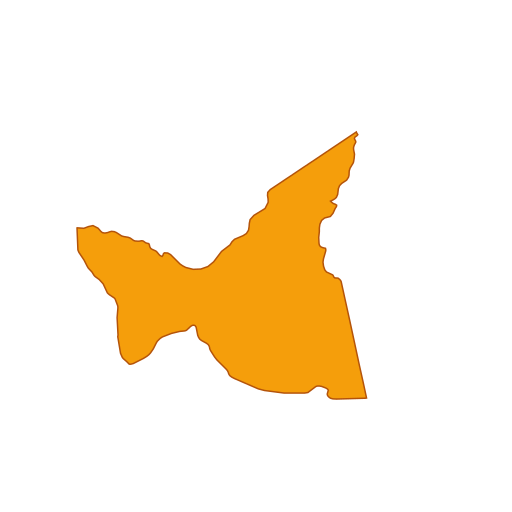 an SVG outline of Sangha-Mbaéré, rotated 211°
{"feature_id": "CAF-802", "entity_name": "Sangha-Mbaéré", "entity_type": "Economic Prefecture", "adm_level": 1, "iso_a3": "CAF", "parent_name": "Central African Republic", "parent_adm1": "", "projection": "mercator", "projection_center": [16.411, 3.248], "detail": "fine", "context": "isolated", "style": "filled", "palette": "amber", "viewbox_px": 512, "rotation_deg": 211, "n_neighbors": 0, "source": "natural_earth", "source_scale": "10m", "svg_char_len": 3068}
<svg xmlns="http://www.w3.org/2000/svg" viewBox="0 0 512 512"><g transform="rotate(211 256 256)"><path d="M423.9,188.0L417.8,191.1L414.7,195.0L411.4,198.1L405.7,198.5L401.7,197.2L399.7,196.9L397.4,197.8L395.3,199.6L394.0,201.2L392.6,202.7L390.0,203.9L387.7,204.2L381.5,204.0L379.3,204.6L375.2,206.2L373.0,206.6L368.8,206.3L367.4,206.6L364.8,207.9L363.7,208.6L362.0,210.1L360.7,210.7L359.7,210.7L357.6,210.5L356.4,210.7L354.3,211.4L353.1,210.6L351.9,209.3L350.2,208.3L348.7,208.2L344.4,208.7L342.9,208.4L340.1,207.4L338.6,207.0L336.3,207.2L336.1,208.5L336.5,210.2L336.2,211.5L333.2,213.1L329.9,213.2L317.0,210.0L313.9,209.8L310.3,210.0L303.0,212.2L296.6,216.4L291.8,222.2L289.3,229.2L287.9,242.2L284.0,252.1L283.9,255.9L283.0,259.3L277.6,266.7L275.8,270.3L275.7,274.2L277.0,277.5L278.6,280.7L279.8,284.2L278.7,289.8L272.7,301.4L273.2,308.3L275.1,311.2L277.3,313.8L278.7,316.6L278.0,320.3L273.5,329.8L269.9,337.5L267.7,342.1L261.1,356.2L254.0,371.2L249.0,381.9L241.9,397.0L233.9,414.0L233.3,413.5L231.2,412.4L231.5,410.9L232.4,408.9L232.3,407.6L231.7,407.0L229.6,405.7L229.1,404.9L228.9,401.8L228.6,400.4L228.1,398.9L227.0,397.3L224.0,394.0L222.1,390.1L220.8,386.8L220.6,385.6L220.6,379.7L219.9,376.9L217.9,373.2L217.3,371.2L217.4,367.7L219.9,362.4L220.6,359.4L220.1,356.2L217.7,350.8L217.3,347.6L217.8,345.8L219.0,343.5L220.4,341.4L218.7,341.0L216.7,340.8L214.6,341.2L213.0,341.1L212.5,339.8L212.6,337.6L212.0,332.3L212.6,328.2L216.8,323.9L218.1,320.3L217.6,316.1L216.1,312.6L214.2,309.4L211.8,304.2L208.5,299.3L207.3,298.0L205.7,297.3L204.2,297.3L202.5,297.7L200.4,298.4L199.7,297.7L199.2,297.0L198.8,296.1L196.7,288.3L195.4,285.2L192.8,282.0L189.8,279.5L187.3,278.6L180.6,279.3L180.0,279.1L178.3,278.0L177.3,277.8L176.6,278.1L174.7,279.1L174.1,279.3L172.2,279.0L170.9,278.6L169.8,277.9L158.1,265.5L143.4,250.0L128.0,233.6L111.8,216.3L98.6,202.4L88.1,191.2L88.9,190.5L113.4,174.8L116.6,173.1L118.7,172.5L120.2,172.5L121.6,172.8L122.6,173.2L123.4,173.8L123.9,174.5L124.9,178.2L126.2,178.8L128.3,178.8L132.7,178.0L134.9,177.1L136.6,176.0L137.5,174.9L141.2,165.7L143.8,163.5L161.3,153.0L179.4,145.1L185.6,143.3L211.1,139.9L214.3,139.7L216.5,139.9L217.8,140.4L218.9,141.1L220.0,142.1L221.3,142.9L222.7,143.5L236.0,146.8L239.6,148.2L246.2,151.5L247.9,152.7L248.9,153.9L250.0,154.8L251.5,155.5L253.6,155.7L259.4,155.5L261.5,155.8L263.3,156.7L265.1,158.0L270.6,164.1L272.2,164.9L273.3,164.8L274.4,164.2L275.2,163.2L275.8,161.9L277.3,156.6L278.1,155.5L279.0,154.7L282.5,152.1L288.5,146.2L294.5,138.5L295.7,136.0L296.2,134.1L296.7,132.1L296.7,130.1L296.2,123.5L296.5,118.6L297.0,116.2L297.9,113.8L299.7,110.3L305.8,100.6L307.7,98.7L309.0,98.0L312.5,98.9L316.9,99.7L318.3,100.2L322.0,102.8L332.9,115.6L333.2,116.3L333.5,117.1L343.3,131.6L347.6,140.3L348.3,141.4L348.9,142.1L354.5,146.5L355.6,147.0L361.7,147.3L363.4,147.6L364.5,147.9L372.5,153.3L373.3,153.6L378.3,155.1L383.1,155.5L384.0,155.7L384.9,156.0L388.4,157.8L393.4,159.2L395.3,160.2L401.4,164.0L409.5,167.8L410.8,168.7L411.8,169.5L423.9,187.9L423.9,188.0Z" fill="#f59e0b" stroke="#b45309" stroke-width="1.5"/></g></svg>